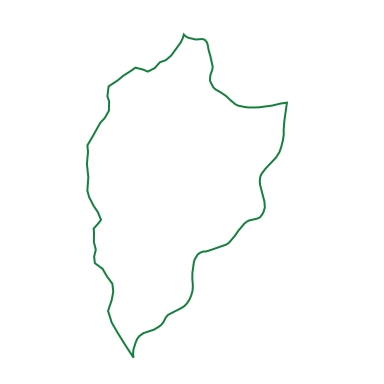 outline of Jangjin, Hamgyŏng-namdo, North Korea, rotated 173°
{"feature_id": "82179303B63049631124183", "entity_name": "Jangjin", "entity_type": "district", "adm_level": 2, "iso_a3": "PRK", "parent_name": "North Korea", "parent_adm1": "Hamgyŏng-namdo", "projection": "albers", "projection_center": [127.23, 40.497], "detail": "fine", "context": "isolated", "style": "outline", "palette": "green", "viewbox_px": 384, "rotation_deg": 173, "n_neighbors": 0, "source": "geoboundaries", "source_scale": "gbopen_adm2", "svg_char_len": 1798}
<svg xmlns="http://www.w3.org/2000/svg" viewBox="0 0 384 384"><g transform="rotate(173 192 192)"><path d="M270.2,34.7L270.3,37.9L269.8,40.9L269.0,43.6L265.8,50.4L264.2,53.0L262.0,55.3L257.2,57.9L246.5,60.0L241.4,62.3L238.8,63.8L236.5,66.0L233.0,71.0L230.5,73.1L216.5,78.2L213.6,79.6L211.2,81.5L209.2,83.6L207.2,86.2L205.6,89.0L203.5,93.8L202.5,99.2L202.3,105.4L201.5,111.5L198.7,122.1L197.7,124.5L193.9,129.4L191.1,130.8L188.5,131.5L185.4,131.3L182.6,131.7L164.2,135.7L161.6,137.1L159.2,139.2L154.6,143.5L150.6,148.0L143.8,154.3L141.0,156.0L138.8,156.8L130.2,157.7L127.8,158.5L125.6,160.6L123.7,163.0L121.6,167.6L121.3,173.7L123.5,190.5L123.5,193.5L123.0,196.6L122.2,199.2L120.6,201.7L116.2,206.2L113.7,208.3L104.4,216.0L100.5,220.7L98.3,225.0L95.5,232.1L94.8,234.7L94.0,237.5L93.3,243.3L91.6,251.5L86.9,269.1L93.3,269.0L101.8,268.0L116.2,267.9L125.3,269.0L128.1,269.6L135.5,272.0L138.3,273.8L142.5,278.3L146.3,282.9L151.0,287.1L156.1,290.9L158.0,293.2L160.1,298.5L160.5,300.6L160.1,303.3L159.4,305.9L156.9,311.1L156.2,313.9L157.3,325.4L158.2,330.7L158.5,336.5L159.1,339.1L161.0,341.7L163.3,342.6L169.7,342.9L177.0,345.6L179.6,347.5L180.9,349.3L182.5,345.7L185.0,341.8L189.9,336.5L196.0,330.0L202.0,326.0L208.0,324.7L214.0,319.5L221.2,316.9L225.9,319.6L233.0,322.3L237.8,319.7L246.2,315.7L252.2,311.8L261.9,307.0L263.0,302.6L264.3,297.3L263.2,292.0L264.6,282.7L269.5,276.1L274.3,272.2L279.2,265.6L284.0,259.0L290.1,251.1L290.2,249.7L290.3,244.4L291.5,239.2L292.9,232.5L293.1,219.3L295.7,206.1L294.7,199.4L291.3,190.1L287.9,183.5L285.7,175.5L288.1,172.9L294.1,167.6L294.2,163.7L295.5,154.4L294.5,146.5L297.0,139.8L297.1,133.2L290.1,126.6L286.7,118.6L282.2,110.6L282.3,102.7L284.8,94.7L289.8,84.2L287.6,72.2L283.1,61.6L276.3,47.0L270.2,34.7Z" fill="none" stroke="#15803d" stroke-width="2"/></g></svg>